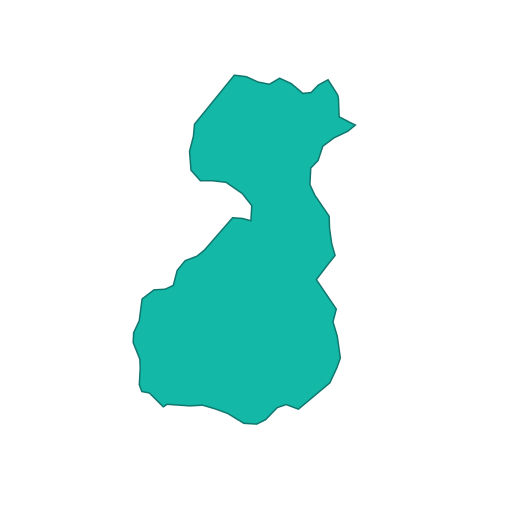 outline of Icheon-si, Gyeonggi, South Korea, rotated 224°
{"feature_id": "91817680B6202152929023", "entity_name": "Icheon-si", "entity_type": "district", "adm_level": 2, "iso_a3": "KOR", "parent_name": "South Korea", "parent_adm1": "Gyeonggi", "projection": "robinson", "projection_center": [127.497, 37.193], "detail": "fine", "context": "isolated", "style": "filled", "palette": "teal", "viewbox_px": 512, "rotation_deg": 224, "n_neighbors": 0, "source": "geoboundaries", "source_scale": "gbopen_adm2", "svg_char_len": 1089}
<svg xmlns="http://www.w3.org/2000/svg" viewBox="0 0 512 512"><g transform="rotate(224 256 256)"><path d="M119.1,175.3L114.8,216.1L120.2,231.8L124.5,241.2L141.9,254.8L154.9,262.1L161.4,273.6L196.2,280.9L198.4,299.8L199.5,311.3L205.2,314.6L210.3,317.6L222.3,327.0L231.0,335.4L256.0,340.6L266.8,344.8L277.7,357.3L277.7,367.8L284.2,381.4L282.0,395.1L276.6,409.7L275.5,419.2L282.0,417.1L292.9,413.9L306.0,426.5L309.2,428.6L326.6,432.8L329.9,422.3L329.9,411.8L335.3,405.5L350.5,404.5L362.5,400.3L365.7,388.8L375.5,382.5L387.5,378.3L397.2,371.0L396.1,358.4L391.8,308.1L384.2,298.7L376.5,285.1L362.4,272.6L348.3,271.5L339.6,279.9L328.7,288.2L309.2,291.4L294.0,289.3L284.2,277.8L291.8,273.6L299.4,267.3L297.2,224.4L298.3,215.0L303.7,203.5L302.7,191.0L295.1,177.4L298.3,169.0L305.9,160.7L308.1,146.0L295.0,128.3L290.7,115.8L284.2,108.4L267.9,101.1L261.4,94.9L250.5,82.3L244.0,79.2L237.5,83.4L217.9,83.1L216.9,87.6L199.5,102.2L190.8,111.6L178.9,117.8L166.9,123.1L148.5,127.2L138.7,135.6L135.4,145.0L135.4,161.7L131.1,170.1L119.1,175.3Z" fill="#14b8a6" stroke="#0f766e" stroke-width="1.5"/></g></svg>